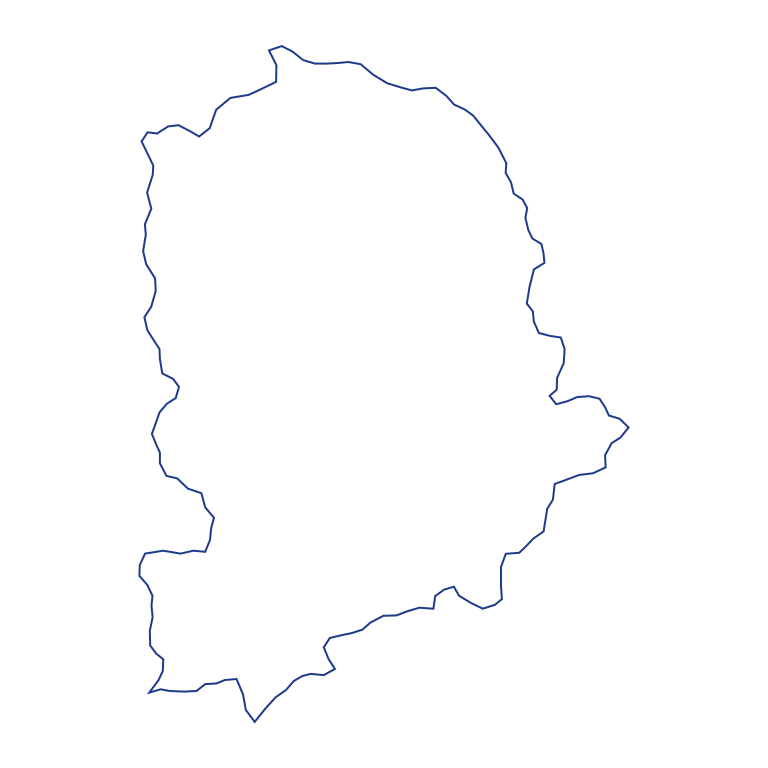 Queluz, São Paulo, Brazil (orthographic projection)
{"feature_id": "56859067B41056558959462", "entity_name": "Queluz", "entity_type": "district", "adm_level": 2, "iso_a3": "BRA", "parent_name": "Brazil", "parent_adm1": "São Paulo", "projection": "orthographic", "projection_center": [-44.787, -22.508], "detail": "fine", "context": "isolated", "style": "outline", "palette": "blue", "viewbox_px": 768, "rotation_deg": 0, "n_neighbors": 0, "source": "geoboundaries", "source_scale": "gbopen_adm2", "svg_char_len": 2265}
<svg xmlns="http://www.w3.org/2000/svg" viewBox="0 0 768 768"><path d="M269.0,50.4L276.4,65.2L276.1,81.9L258.4,90.4L248.6,94.9L230.4,97.9L216.2,109.7L209.7,128.2L199.1,136.5L190.2,131.3L178.5,125.2L168.2,126.4L157.1,133.5L147.6,132.3L141.6,141.4L147.3,153.2L153.3,165.6L152.7,174.9L147.1,192.6L151.3,208.7L144.9,224.3L145.8,234.9L143.1,251.1L146.2,264.2L155.1,278.4L155.7,291.0L151.3,306.6L144.4,317.2L147.3,330.0L153.3,339.6L159.5,349.1L159.9,359.1L162.3,373.5L173.0,378.8L179.0,386.9L175.7,398.1L166.8,403.8L159.6,412.3L155.7,423.3L151.9,433.9L156.1,444.2L159.9,452.6L159.9,463.3L166.5,475.9L177.2,478.4L188.0,488.7L201.4,493.2L205.2,507.3L214.0,517.8L211.2,528.0L210.0,540.0L205.2,551.8L193.4,550.7L180.5,553.6L163.2,550.7L145.1,553.6L139.8,564.9L139.4,575.9L147.3,584.9L152.5,595.8L151.5,605.4L152.6,617.4L149.8,631.0L150.2,645.6L156.4,653.8L163.3,659.3L162.8,671.0L158.6,680.0L149.3,692.6L160.6,689.3L169.8,691.0L184.2,691.6L196.4,691.0L205.3,684.1L216.4,683.5L224.9,680.0L236.5,679.0L243.1,694.6L245.8,709.9L254.7,721.9L265.1,708.9L275.6,697.3L286.0,690.0L293.8,681.0L302.3,676.0L310.7,673.9L323.8,675.1L334.9,669.0L328.5,658.9L323.8,647.3L329.8,638.0L342.0,635.1L351.8,633.1L362.5,629.6L370.5,622.5L383.4,615.8L396.5,615.4L407.2,611.3L419.4,607.7L433.4,608.7L435.2,596.1L444.1,589.6L453.9,586.7L459.0,595.7L470.7,602.8L482.8,608.7L495.0,604.8L501.9,599.1L501.0,586.5L501.0,567.0L505.8,553.8L519.2,552.8L525.8,546.5L533.2,538.7L543.6,531.4L547.2,508.8L552.9,499.7L554.7,484.0L579.4,474.9L592.9,473.3L605.6,467.4L605.1,455.2L611.6,443.2L620.5,437.5L628.6,427.5L619.7,418.8L608.9,415.5L605.1,407.2L599.5,398.7L588.9,396.2L577.1,397.1L567.8,401.1L556.2,404.2L549.6,395.8L556.7,389.7L557.1,377.8L563.7,363.3L564.6,349.1L560.8,337.5L550.0,335.9L538.9,333.0L533.9,321.7L532.8,311.3L526.8,303.6L529.5,287.1L533.9,269.4L544.4,262.9L543.5,253.2L541.4,244.0L532.4,238.5L528.3,230.0L525.4,217.8L527.2,208.1L522.6,199.5L513.7,193.6L511.0,182.3L505.7,172.9L506.3,163.2L498.3,147.5L488.4,134.3L480.6,124.8L473.2,115.6L464.8,109.5L454.1,104.6L446.4,95.9L435.7,87.8L423.1,88.4L412.0,90.4L402.2,87.8L387.3,83.3L373.3,74.8L360.7,64.2L348.3,62.0L337.8,63.0L326.5,63.6L314.8,63.6L303.2,60.1L292.5,51.6L281.7,46.1L269.0,50.4Z" fill="none" stroke="#1e3a8a" stroke-width="2"/></svg>